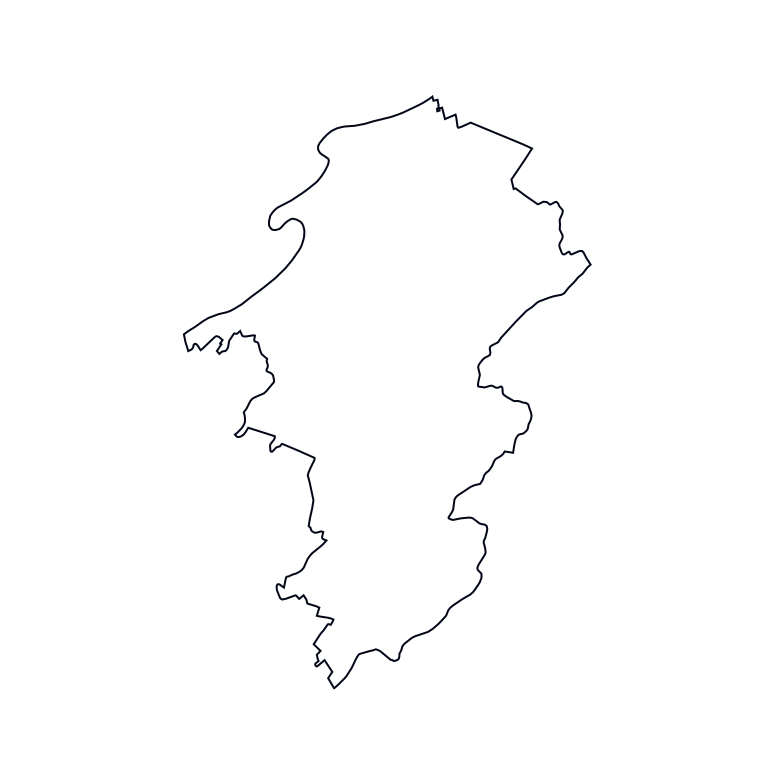 the district of Vu Ban, Nam Định, Vietnam, rotated 215°
{"feature_id": "81297802B77828019918781", "entity_name": "Vu Ban", "entity_type": "district", "adm_level": 2, "iso_a3": "VNM", "parent_name": "Vietnam", "parent_adm1": "Nam Định", "projection": "equal_earth", "projection_center": [106.09, 20.382], "detail": "fine", "context": "isolated", "style": "outline", "palette": "ink", "viewbox_px": 768, "rotation_deg": 215, "n_neighbors": 0, "source": "geoboundaries", "source_scale": "gbopen_adm2", "svg_char_len": 6166}
<svg xmlns="http://www.w3.org/2000/svg" viewBox="0 0 768 768"><g transform="rotate(215 384 384)"><path d="M212.7,315.7L214.7,321.2L215.8,323.7L216.6,324.9L218.2,326.4L220.0,326.7L221.5,326.3L223.7,325.2L225.7,324.6L234.1,324.9L235.9,324.4L237.8,323.3L244.0,318.0L249.4,312.3L251.0,311.6L253.9,311.1L254.4,311.5L254.7,312.3L254.8,317.8L255.3,320.7L260.1,330.0L260.1,333.3L259.5,335.5L254.1,349.2L252.2,352.5L247.9,357.4L248.2,362.1L249.6,367.2L249.4,369.9L248.5,372.6L248.3,376.1L248.4,378.8L249.6,384.6L249.3,387.2L247.5,390.7L246.7,393.0L246.3,395.0L246.4,398.0L238.8,401.7L242.3,408.8L244.4,414.1L244.7,415.6L244.8,417.7L244.6,419.6L243.7,421.0L242.1,422.5L241.3,424.0L240.6,426.5L240.4,428.7L240.6,429.9L242.5,434.1L242.8,436.8L243.4,439.1L244.2,441.4L245.4,443.2L247.9,445.4L250.5,447.2L253.5,449.6L254.4,450.0L256.8,449.9L259.5,448.5L263.2,447.5L265.0,446.6L266.6,445.3L268.2,444.5L276.2,443.8L279.2,443.8L280.9,444.3L281.5,444.7L284.6,448.5L286.0,449.3L287.0,448.8L288.2,446.7L289.4,445.6L290.5,445.1L293.7,444.8L295.0,444.3L295.9,443.5L299.6,438.9L304.5,436.4L305.5,436.1L306.3,436.9L307.7,439.3L310.7,446.5L316.4,451.6L317.1,453.1L317.4,456.1L317.1,460.8L316.5,463.2L314.8,466.4L313.9,468.6L314.5,470.1L315.2,471.1L317.8,473.8L318.2,474.8L318.3,476.0L317.6,477.8L314.5,483.6L314.6,489.3L311.7,511.1L309.3,525.4L306.8,532.1L305.3,538.3L304.5,540.3L298.5,549.1L295.3,553.2L289.8,558.9L288.4,561.8L288.0,568.9L286.7,576.1L286.1,582.9L284.6,588.3L284.2,596.2L283.2,600.3L290.1,603.1L296.0,606.2L298.0,606.6L299.5,605.5L300.7,604.2L304.7,597.7L305.1,597.5L306.1,597.5L307.7,598.5L308.2,598.5L309.3,596.8L309.7,595.5L310.5,593.7L311.8,592.9L313.3,593.2L318.1,596.4L319.6,597.7L320.7,599.7L321.3,605.0L322.0,606.9L322.9,608.1L328.7,611.4L329.6,612.7L331.0,615.3L333.8,618.6L334.4,619.6L335.6,625.6L336.7,628.3L338.0,629.1L342.2,630.1L344.7,631.6L346.5,632.1L347.3,632.0L348.0,631.5L350.7,626.3L351.5,626.1L354.2,626.4L355.3,626.3L358.0,624.7L360.6,620.0L361.3,619.4L375.4,619.3L388.5,619.7L389.6,618.1L396.9,624.6L397.3,649.7L397.8,661.8L407.3,660.1L462.9,647.8L468.2,638.9L470.0,636.6L470.3,636.5L471.6,637.2L477.2,643.3L479.9,645.7L486.0,636.0L494.9,643.7L496.7,641.5L495.3,639.9L496.8,638.0L498.4,639.8L497.7,641.5L499.6,644.1L503.2,647.5L505.9,644.4L509.2,647.1L509.8,645.0L513.1,637.1L515.2,632.9L524.1,617.2L527.8,611.7L531.7,606.4L543.4,593.1L549.0,586.0L556.1,578.7L564.1,572.2L566.6,569.5L569.3,566.3L571.8,561.8L572.6,559.6L573.7,555.6L574.5,550.7L574.9,544.1L574.4,541.1L573.0,538.9L572.0,538.0L569.4,536.7L567.1,536.4L559.3,536.6L557.8,535.9L556.6,534.0L555.5,530.9L554.6,524.2L554.4,518.4L554.8,512.3L555.3,509.8L558.0,500.5L560.1,494.2L565.4,480.8L572.3,467.6L572.7,466.3L573.4,463.6L573.7,460.7L573.7,457.0L573.4,455.9L571.4,451.1L569.2,448.1L567.7,447.2L566.0,446.6L564.7,446.3L563.6,446.5L561.1,447.9L558.7,450.9L558.0,453.1L557.3,458.9L556.3,462.4L554.8,465.6L553.7,467.0L549.8,468.6L546.2,468.9L544.7,468.9L543.0,468.4L540.8,467.2L537.9,464.7L536.4,462.8L534.2,459.3L532.8,456.1L531.1,450.8L530.5,447.4L530.3,444.5L530.3,432.5L531.1,422.6L533.8,408.1L538.5,392.0L542.7,379.5L546.1,368.1L549.3,360.7L551.9,355.5L554.3,352.2L559.6,346.3L565.7,337.4L568.4,331.3L571.8,321.7L574.5,315.5L576.4,309.9L570.7,304.5L563.2,298.7L561.4,302.0L561.2,303.3L561.4,304.6L562.4,306.9L562.3,307.7L561.9,308.5L560.9,309.0L558.3,308.5L553.6,306.5L553.1,308.0L549.7,324.7L549.2,326.3L548.5,327.2L546.3,327.9L541.4,327.4L541.4,323.1L540.0,323.2L539.8,315.2L536.1,314.2L535.4,317.3L534.7,318.3L532.9,320.0L532.5,322.1L532.6,323.6L533.1,325.3L535.6,330.5L535.8,338.7L535.5,339.7L534.2,340.1L533.1,341.2L532.2,344.9L527.9,342.3L526.6,342.3L524.4,343.7L519.5,348.4L518.3,349.4L517.4,349.6L515.9,346.1L514.8,344.9L514.0,344.8L511.5,345.5L510.4,345.3L504.8,340.5L502.7,339.1L500.9,338.2L494.3,337.6L493.9,337.1L493.3,335.4L489.9,332.7L489.3,331.7L488.9,331.0L488.5,328.6L487.8,327.4L486.0,327.4L483.5,328.0L482.0,328.0L479.9,327.5L476.7,324.5L475.4,322.9L475.3,322.1L476.2,311.1L476.9,307.6L481.9,299.5L483.3,296.7L483.7,293.5L482.7,286.7L482.5,284.4L482.6,280.3L480.4,278.6L478.0,275.9L476.2,273.2L475.6,271.5L475.2,268.0L475.3,265.5L476.2,260.0L477.1,257.1L475.0,256.5L473.5,256.6L472.4,257.4L471.3,258.7L470.0,261.7L469.8,265.0L470.1,270.3L443.5,278.6L442.7,277.5L442.4,276.7L442.2,274.5L442.5,270.0L442.1,268.3L438.7,264.1L437.7,263.8L436.7,264.6L435.8,270.4L433.5,273.3L433.4,275.8L432.9,276.6L415.2,280.4L398.6,283.6L397.9,282.9L397.4,281.8L396.1,273.3L395.2,268.9L394.1,265.5L388.5,260.8L375.1,248.3L371.5,240.9L367.4,231.0L364.2,224.4L361.8,224.1L359.9,222.5L358.3,222.1L355.7,222.3L353.7,223.8L351.0,227.2L348.9,227.9L346.9,223.1L346.5,222.5L345.8,222.2L344.5,222.1L341.4,222.8L342.0,217.9L342.9,214.2L345.8,204.1L346.2,200.4L346.2,196.9L344.5,188.2L344.4,187.0L344.6,184.7L345.5,181.8L347.2,178.5L349.6,175.4L351.9,171.5L353.2,170.2L353.0,168.7L349.2,159.8L354.7,159.9L356.0,159.2L356.3,158.6L356.2,157.3L355.2,155.7L354.0,154.3L352.0,152.7L346.4,149.1L345.2,148.9L343.7,149.1L340.8,152.3L335.4,160.0L334.7,160.3L333.5,160.1L330.2,159.3L328.7,164.8L324.0,162.9L320.9,160.2L311.9,163.1L308.7,163.7L306.1,155.6L302.9,156.9L295.4,160.6L292.9,161.5L290.3,162.1L289.9,160.6L289.5,156.2L291.4,155.6L292.0,155.2L292.2,154.7L292.2,147.4L292.7,143.1L292.3,130.5L282.9,129.0L283.7,123.6L280.7,120.9L278.7,119.6L279.7,116.1L279.7,115.1L279.2,114.4L277.9,113.9L277.0,114.1L276.4,115.6L274.3,123.7L261.2,118.5L261.0,111.0L250.5,106.2L249.9,107.6L248.9,112.2L247.4,120.7L247.2,123.8L247.6,132.7L249.4,143.9L249.5,147.6L249.2,148.8L242.4,157.2L240.5,159.2L238.7,161.8L237.7,162.3L234.1,163.0L220.3,161.9L219.3,162.5L217.0,162.8L216.3,163.3L214.7,165.7L214.4,166.5L214.4,167.8L215.2,169.7L216.7,172.1L217.0,175.4L218.5,179.7L218.3,182.8L215.7,191.6L214.9,193.3L213.7,195.4L205.8,206.1L203.7,211.2L201.7,219.0L200.3,228.9L200.3,230.2L201.5,235.3L201.5,237.8L201.1,239.7L200.7,241.5L196.5,252.5L192.5,261.2L191.6,265.1L191.6,273.7L191.9,276.9L192.8,280.5L193.5,282.0L195.0,284.1L195.8,284.6L200.2,285.4L200.9,285.7L201.8,286.6L202.5,288.2L202.9,290.7L203.5,302.4L204.0,304.1L206.7,307.3L211.4,311.3L212.4,313.1L212.7,315.7Z" fill="none" stroke="#020617" stroke-width="2"/></g></svg>